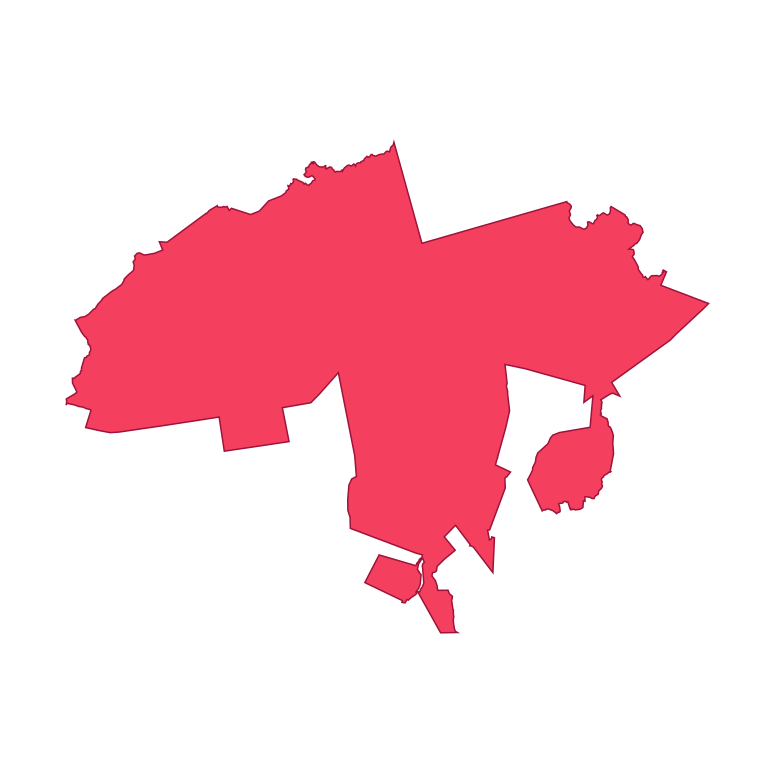 Coronado, Chihuahua, Mexico (orthographic projection), rotated 186°
{"feature_id": "50627088B73123540840509", "entity_name": "Coronado", "entity_type": "district", "adm_level": 2, "iso_a3": "MEX", "parent_name": "Mexico", "parent_adm1": "Chihuahua", "projection": "orthographic", "projection_center": [-105.103, 26.672], "detail": "fine", "context": "isolated", "style": "filled", "palette": "rose", "viewbox_px": 768, "rotation_deg": 186, "n_neighbors": 0, "source": "geoboundaries", "source_scale": "gbopen_adm2", "svg_char_len": 6168}
<svg xmlns="http://www.w3.org/2000/svg" viewBox="0 0 768 768"><g transform="rotate(186 384 384)"><path d="M173.3,281.9L173.4,288.6L171.8,288.4L172.4,292.7L170.8,293.1L166.8,292.7L165.0,291.8L163.1,292.0L162.6,293.9L161.9,295.0L159.5,296.7L159.1,300.5L157.2,302.3L156.3,304.2L156.1,305.5L157.1,307.2L156.7,309.5L157.5,310.5L157.9,312.4L156.7,314.1L156.0,314.5L155.8,315.8L152.0,318.6L151.3,319.7L149.9,319.9L149.3,320.5L149.7,320.6L149.9,321.3L148.4,338.8L150.3,349.1L150.5,356.6L151.8,360.0L153.6,363.4L154.6,364.8L156.1,365.3L157.1,367.9L156.9,368.7L158.5,372.7L164.1,374.8L165.6,375.9L164.7,377.0L164.8,377.6L165.4,378.1L165.8,380.2L165.1,382.5L165.5,383.9L165.2,385.4L165.8,386.7L165.2,387.7L165.5,389.2L166.8,390.9L158.5,397.3L155.8,398.8L148.2,396.6L157.8,409.4L104.0,457.5L98.6,464.3L74.7,491.7L69.6,498.0L119.0,511.1L114.8,525.1L118.0,526.5L118.6,525.9L117.7,524.5L118.9,524.1L118.7,523.2L119.5,521.7L121.8,519.8L123.5,520.4L128.9,519.7L130.2,518.6L132.0,515.6L132.5,515.3L135.2,518.0L135.5,517.5L137.7,517.5L138.2,519.3L139.6,520.5L143.0,524.5L143.5,527.2L148.2,534.2L150.1,536.2L150.3,536.9L148.9,539.0L148.8,539.8L149.6,542.9L150.4,543.8L154.6,543.8L149.8,548.2L149.0,549.6L147.5,550.1L144.9,554.2L143.7,559.3L142.2,561.9L143.5,565.7L145.9,568.3L149.8,569.0L151.4,569.7L152.9,569.8L154.3,568.2L155.1,567.8L157.9,569.1L158.4,573.1L160.1,575.5L161.3,575.7L162.0,577.4L176.7,584.2L177.3,583.3L176.9,578.9L177.8,576.5L179.3,575.6L180.1,575.5L183.7,577.2L185.4,576.0L186.7,574.4L187.9,574.0L189.5,574.5L190.0,573.7L189.2,572.7L189.2,571.5L189.8,570.0L191.3,568.6L192.4,565.4L193.3,565.2L196.9,566.7L198.3,566.5L198.5,565.9L197.9,564.3L198.0,562.4L199.4,559.9L201.5,558.8L206.3,560.6L208.7,560.1L210.1,560.5L212.4,562.0L215.9,565.6L217.2,567.6L217.2,569.2L216.2,571.7L217.8,575.5L216.3,578.8L216.3,580.3L217.7,582.0L220.9,583.6L221.3,584.5L361.0,527.9L399.4,625.5L399.8,622.8L401.9,620.3L402.9,615.5L405.2,615.9L406.0,615.6L408.2,612.7L410.9,612.3L413.5,611.3L416.0,609.7L418.8,610.2L420.0,611.1L421.2,610.4L421.8,608.8L422.8,607.9L424.7,608.6L427.2,605.6L427.5,604.0L429.0,603.4L430.3,602.4L430.5,601.6L432.8,601.2L433.9,600.6L435.1,599.0L435.1,597.8L437.0,599.7L438.9,597.7L439.6,597.4L441.5,598.1L443.1,597.6L446.0,594.7L447.6,591.4L448.0,592.4L448.4,592.2L448.8,591.3L449.9,590.7L453.6,590.4L454.5,589.8L455.2,590.0L456.6,591.7L457.9,592.4L458.8,594.0L460.9,594.1L463.6,592.0L464.1,591.9L464.7,592.1L464.4,593.0L464.9,595.1L465.5,594.9L465.7,594.2L466.9,593.5L470.4,593.2L471.6,593.5L473.9,595.0L475.7,597.0L476.9,597.7L477.6,597.7L477.8,597.3L477.1,596.3L477.6,595.7L478.4,596.0L478.9,597.0L479.5,596.9L479.5,595.6L481.0,594.5L481.5,592.3L484.3,590.5L484.5,589.2L483.5,587.1L483.9,585.8L485.4,583.8L484.1,582.4L482.3,581.7L480.5,581.8L477.5,583.6L476.6,583.2L473.9,580.8L473.9,580.0L476.1,578.6L477.5,575.8L479.0,574.7L479.4,573.7L481.1,574.0L483.1,575.4L483.6,575.3L484.3,574.4L485.7,576.0L490.3,577.4L492.5,578.5L495.5,578.5L495.8,578.1L495.2,576.1L495.9,574.1L496.7,573.4L497.7,573.6L498.6,570.9L500.2,571.2L499.0,567.9L501.2,566.0L502.0,563.8L505.9,560.2L517.8,554.1L526.1,542.9L534.4,538.6L554.1,542.8L556.0,540.5L558.7,544.2L559.8,543.5L562.5,543.7L563.5,542.8L567.2,542.6L568.6,543.1L568.6,543.8L575.8,538.4L578.3,534.9L578.8,535.1L614.6,502.3L622.3,502.0L618.1,494.1L626.2,489.9L634.0,487.6L636.5,487.3L640.8,488.9L643.1,488.2L645.5,485.1L644.7,483.6L644.5,481.9L646.3,479.3L644.9,476.2L644.9,471.7L645.3,470.4L649.4,466.2L653.3,461.3L653.6,459.1L655.4,455.4L661.6,449.7L663.7,448.4L672.7,439.8L674.2,436.9L676.9,433.5L679.1,428.7L680.7,428.0L684.7,422.9L688.6,419.7L693.0,418.5L697.3,415.2L697.9,415.2L690.1,403.7L686.8,400.1L685.7,399.6L683.8,397.3L683.0,396.1L682.9,394.0L682.2,393.3L682.2,392.3L680.4,391.5L680.3,390.7L679.3,388.5L679.3,386.8L680.3,384.6L680.0,382.3L682.5,380.5L682.7,379.3L684.6,378.8L686.6,368.0L686.2,366.1L687.1,365.1L687.3,364.2L686.9,363.6L687.1,363.2L687.7,362.1L691.9,358.4L692.4,357.3L694.5,357.3L693.9,352.4L688.6,344.0L690.0,342.2L698.1,336.2L698.4,335.3L697.7,333.8L697.9,329.7L697.3,331.6L696.8,331.6L689.3,330.8L685.2,329.7L680.4,329.5L678.1,328.5L673.5,327.8L672.7,327.2L676.2,309.5L662.3,307.9L651.2,307.0L642.5,308.5L597.7,319.9L544.5,333.9L535.8,300.5L472.4,316.8L482.6,349.8L454.8,357.7L447.1,367.4L430.6,390.5L405.7,309.9L401.8,289.1L406.2,286.2L408.3,279.8L408.0,265.6L406.7,254.4L403.8,247.8L402.4,236.9L334.8,219.2L328.0,218.1L328.2,215.5L330.5,213.3L330.9,211.5L332.8,208.9L332.7,207.9L333.7,206.7L371.0,213.5L382.3,184.5L343.0,170.5L343.4,168.7L340.2,168.5L338.5,172.1L337.2,171.6L334.6,174.5L330.7,177.7L329.5,179.4L330.5,180.4L328.0,184.6L327.0,188.8L327.2,198.3L329.9,200.7L329.6,200.9L331.4,203.1L330.8,208.7L328.6,213.1L327.1,214.4L325.3,210.9L326.7,208.9L326.9,206.7L326.4,205.3L323.6,190.0L324.9,185.7L326.1,183.7L326.8,181.0L327.2,180.6L328.6,181.2L328.2,180.1L301.7,142.5L285.0,144.5L287.0,145.4L287.7,146.5L288.4,148.1L289.8,153.1L290.5,157.4L290.2,159.6L291.1,163.3L291.4,166.6L291.9,167.0L294.2,176.2L293.7,177.8L293.8,180.2L296.2,181.5L297.4,182.9L298.7,185.6L308.9,184.4L309.9,187.5L309.8,188.1L312.3,193.8L316.2,198.0L316.1,201.4L313.6,202.3L312.4,203.4L312.1,205.5L312.4,206.1L312.0,208.3L305.2,216.5L295.8,226.1L308.1,238.3L298.1,251.0L281.6,233.4L281.8,232.1L281.2,232.3L278.1,231.2L256.0,207.8L258.1,242.7L260.8,243.2L261.0,241.4L262.9,239.9L265.7,249.6L263.7,249.9L252.5,293.3L253.9,302.4L253.7,303.3L252.1,304.7L249.0,309.7L264.7,315.2L263.7,321.6L263.2,322.7L263.4,323.2L263.1,325.0L258.3,353.6L256.3,370.5L260.0,386.9L260.3,389.8L262.1,394.6L261.6,397.4L265.7,416.1L244.7,413.9L183.8,403.6L183.3,386.6L175.0,394.1L174.5,362.5L204.3,354.1L210.8,350.8L212.8,347.9L214.7,341.7L223.8,331.6L225.1,327.2L225.3,322.2L227.4,316.4L227.3,313.7L230.6,304.9L231.2,304.2L230.7,302.8L213.4,274.3L212.1,275.4L210.1,275.6L209.6,276.5L207.3,276.9L202.4,275.5L198.7,273.1L197.7,274.5L196.8,274.6L195.8,275.2L195.5,276.1L196.6,280.7L197.8,282.9L197.4,283.4L193.8,284.3L193.2,285.7L192.2,286.0L191.0,286.1L189.8,285.5L188.9,286.1L186.1,279.7L185.4,279.8L185.4,278.5L183.9,278.6L182.9,279.3L180.6,278.8L177.1,279.6L175.4,280.3L173.3,281.9Z" fill="#f43f5e" stroke="#9f1239" stroke-width="1.5"/></g></svg>